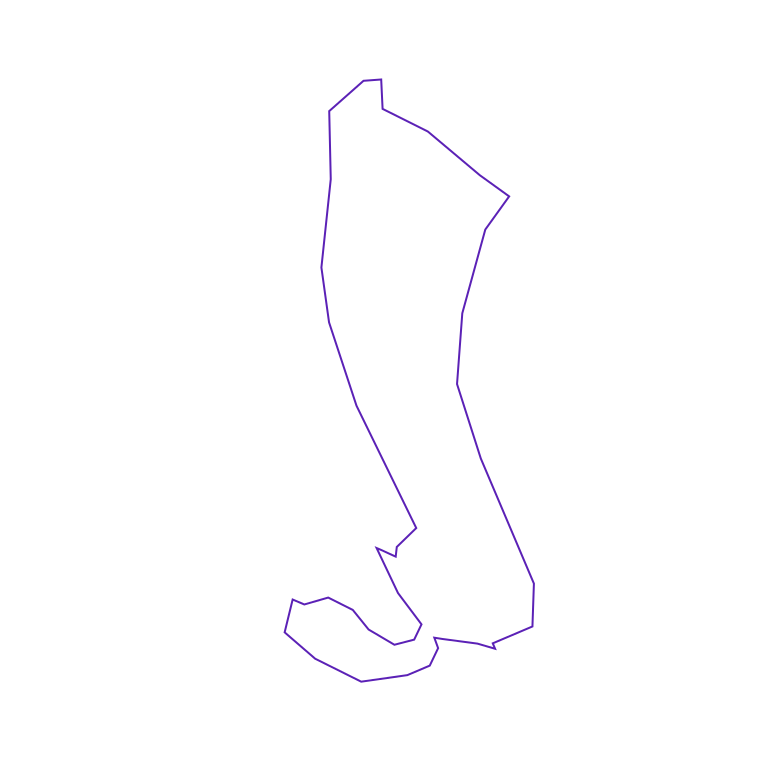 outline of Butel, rotated 337°
{"feature_id": "MKD-2921", "entity_name": "Butel", "entity_type": "Municipality", "adm_level": 1, "iso_a3": "MKD", "parent_name": "North Macedonia", "parent_adm1": "", "projection": "orthographic", "projection_center": [21.441, 42.07], "detail": "fine", "context": "isolated", "style": "outline", "palette": "violet", "viewbox_px": 768, "rotation_deg": 337, "n_neighbors": 0, "source": "natural_earth", "source_scale": "10m", "svg_char_len": 705}
<svg xmlns="http://www.w3.org/2000/svg" viewBox="0 0 768 768"><g transform="rotate(337 384 384)"><path d="M313.1,532.1L316.4,535.5L327.3,547.5L332.1,539.0L357.4,529.2L350.2,393.2L357.5,305.8L371.9,252.3L415.0,174.7L440.2,111.4L483.6,96.9L500.4,102.6L490.2,130.2L523.0,168.7L553.8,229.3L572.5,260.2L537.6,281.4L483.7,349.5L451.2,412.6L444.0,490.4L444.0,534.1L444.0,573.0L444.0,626.3L425.9,665.2L382.8,665.2L382.8,671.1L368.6,659.5L338.1,641.5L331.2,637.2L330.6,648.3L316.1,661.1L291.7,661.1L246.7,649.1L213.3,610.0L195.5,573.8L215.7,546.7L224.5,555.8L249.2,558.8L267.0,579.8L273.9,604.0L291.7,628.1L311.9,631.1L324.6,619.9L315.2,581.9L313.1,532.1Z" fill="none" stroke="#5b21b6" stroke-width="2"/></g></svg>